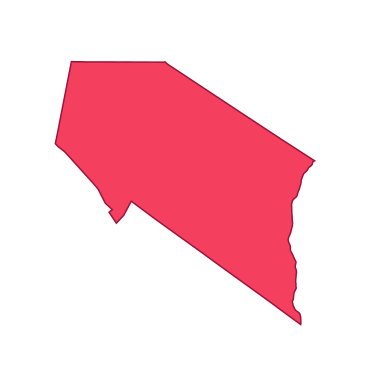 General San Martín, Buenos Aires, Argentina (Robinson projection), rotated 170°
{"feature_id": "61730980B46018574851610", "entity_name": "General San Martín", "entity_type": "district", "adm_level": 2, "iso_a3": "ARG", "parent_name": "Argentina", "parent_adm1": "Buenos Aires", "projection": "robinson", "projection_center": [-58.585, -34.544], "detail": "fine", "context": "isolated", "style": "filled", "palette": "rose", "viewbox_px": 384, "rotation_deg": 170, "n_neighbors": 0, "source": "geoboundaries", "source_scale": "gbopen_adm2", "svg_char_len": 1647}
<svg xmlns="http://www.w3.org/2000/svg" viewBox="0 0 384 384"><g transform="rotate(170 192 192)"><path d="M216.2,154.6L192.3,130.1L181.5,118.8L133.7,69.6L117.4,52.4L108.0,42.7L107.6,43.6L107.4,45.0L107.0,47.5L106.8,49.2L106.7,50.1L106.9,52.5L107.1,53.5L107.5,54.3L107.9,54.8L110.1,57.0L111.1,58.7L111.5,60.7L112.1,62.5L112.3,66.9L111.3,68.0L110.6,69.5L110.4,70.4L109.5,73.8L109.1,74.7L108.1,76.4L106.2,78.9L106.0,79.7L106.0,81.6L105.6,83.0L105.5,85.8L104.9,88.4L104.6,89.3L103.5,93.4L103.1,94.5L102.9,96.5L103.0,97.7L103.3,99.6L103.3,100.5L102.9,102.1L102.5,102.8L101.7,105.0L102.4,107.3L102.9,109.2L104.0,113.6L104.7,115.5L104.9,116.5L105.1,117.1L105.2,118.2L104.6,120.4L104.7,122.5L105.1,123.8L105.7,127.0L105.6,127.9L105.4,129.2L104.2,131.3L103.2,132.9L102.2,134.3L100.4,138.2L99.6,140.1L98.9,141.8L98.3,144.1L98.2,145.8L98.1,147.4L97.7,150.2L97.3,154.4L96.7,158.3L96.3,161.0L96.0,163.0L94.3,166.3L92.7,167.6L90.1,169.1L88.8,170.8L88.2,172.4L86.9,174.8L85.9,176.0L84.6,178.9L83.5,180.9L82.8,182.9L82.4,184.7L80.2,188.5L78.9,190.5L78.0,191.2L76.3,192.2L75.6,192.7L74.6,193.6L73.8,194.7L73.0,195.8L71.6,196.4L71.0,196.6L70.0,197.3L68.8,198.4L68.0,200.2L67.6,200.9L65.8,201.4L96.4,229.8L130.6,262.1L192.1,320.4L193.0,321.2L194.6,323.0L196.0,324.9L197.0,324.7L259.0,335.9L274.3,338.6L277.6,339.3L287.7,341.2L288.1,341.3L291.6,332.2L305.2,296.9L308.0,289.6L312.3,278.3L318.2,263.3L316.0,259.9L310.6,254.0L307.5,249.2L307.3,248.9L296.7,231.9L288.1,218.3L283.9,211.0L279.3,196.0L273.6,188.5L277.2,186.5L271.9,174.4L263.3,180.9L262.9,181.4L253.4,193.5L233.6,172.5L227.8,166.5L216.2,154.6Z" fill="#f43f5e" stroke="#9f1239" stroke-width="1.5"/></g></svg>